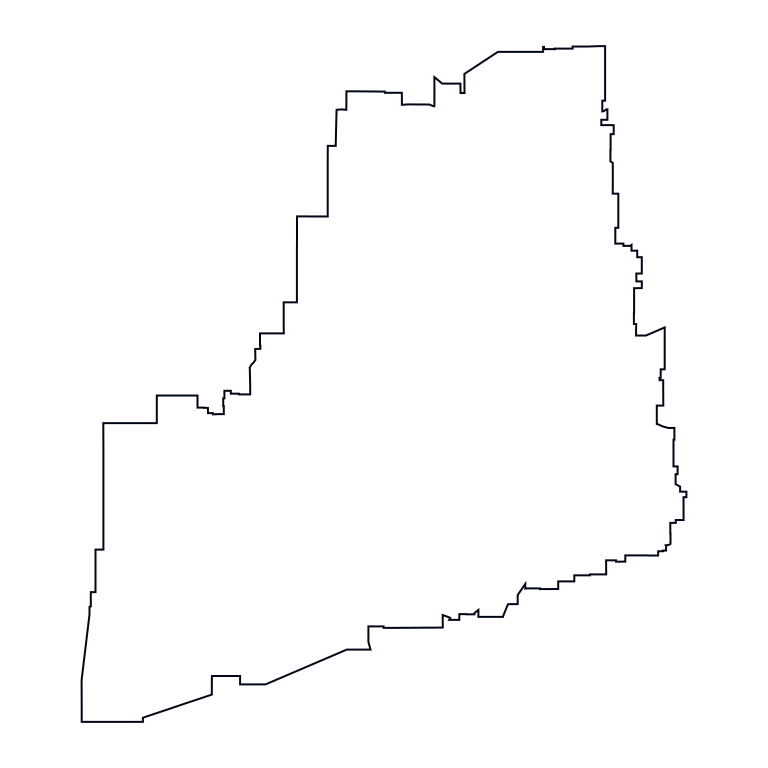 outline of Williams, Western Australia, Australia
{"feature_id": "25037944B87064425958741", "entity_name": "Williams", "entity_type": "district", "adm_level": 2, "iso_a3": "AUS", "parent_name": "Australia", "parent_adm1": "Western Australia", "projection": "natural_earth1", "projection_center": [116.768, -33.052], "detail": "fine", "context": "isolated", "style": "outline", "palette": "ink", "viewbox_px": 768, "rotation_deg": 0, "n_neighbors": 0, "source": "geoboundaries", "source_scale": "gbopen_adm2", "svg_char_len": 3634}
<svg xmlns="http://www.w3.org/2000/svg" viewBox="0 0 768 768"><path d="M103.3,423.1L103.4,451.2L103.4,451.7L103.4,457.0L103.4,462.2L103.4,467.3L103.4,482.8L103.4,487.9L103.4,503.3L103.4,508.5L103.4,523.9L103.4,529.0L103.4,544.4L103.4,549.6L95.5,549.6L95.5,566.4L95.5,566.6L95.5,581.6L95.5,592.1L90.8,592.1L90.8,606.4L89.5,606.8L89.5,610.5L89.5,614.3L82.0,676.8L81.6,680.0L81.7,706.1L81.7,721.9L142.9,721.9L142.9,717.7L179.6,705.4L184.2,703.8L211.8,694.6L211.9,676.0L222.8,676.0L240.1,676.0L240.1,684.4L240.3,684.4L253.1,684.4L265.5,684.4L346.7,649.6L360.0,649.6L370.5,649.6L368.4,641.9L368.4,638.5L368.4,634.8L368.4,626.4L383.6,626.4L383.7,627.9L408.1,627.8L420.8,627.7L442.7,627.6L442.8,627.5L442.7,615.0L450.3,617.8L450.3,618.0L449.2,619.9L459.3,619.9L459.3,614.1L466.3,614.1L466.3,614.3L474.4,614.3L474.4,613.1L478.4,609.9L478.4,616.9L492.7,616.9L501.7,616.9L502.8,617.0L507.2,606.0L508.2,604.1L517.7,604.1L517.7,599.9L517.7,595.1L518.3,594.1L525.3,583.9L525.3,588.5L525.5,588.4L540.0,588.4L540.0,589.1L558.2,589.0L558.2,581.4L574.3,581.4L574.3,575.3L589.9,575.3L589.9,574.4L606.2,574.4L606.1,560.3L616.1,560.3L616.1,561.7L625.3,561.6L625.3,555.4L637.3,555.4L647.0,555.4L647.6,555.5L654.6,555.5L658.1,555.5L658.1,551.3L663.2,551.2L663.2,550.5L666.1,550.5L666.1,545.5L665.9,545.3L669.4,544.7L670.5,543.9L670.5,533.5L670.3,533.5L670.3,522.9L675.8,522.9L675.8,520.0L683.6,520.0L683.5,497.2L686.4,497.2L686.4,491.7L680.1,491.7L680.1,486.6L675.6,484.2L675.6,483.9L675.6,474.2L677.6,474.2L677.6,466.4L673.5,466.4L673.5,449.5L673.5,439.7L674.4,439.7L674.4,427.9L668.5,428.0L662.3,426.3L658.4,424.4L656.8,424.0L656.8,405.6L663.3,405.6L663.2,386.5L663.2,380.2L659.6,380.2L659.5,377.9L660.7,377.9L660.7,369.3L664.7,369.3L664.7,327.4L655.8,331.3L646.4,335.3L646.2,335.5L636.0,335.5L636.2,324.0L633.9,324.0L633.9,312.8L634.1,312.8L634.1,288.2L641.8,288.1L641.8,281.4L636.4,281.4L636.3,273.5L641.8,273.5L641.8,257.2L637.2,257.2L637.2,250.7L631.5,250.7L631.5,244.9L630.1,245.9L623.4,245.9L623.4,243.6L615.3,243.6L615.3,241.0L615.3,238.4L615.3,227.8L618.3,227.8L618.3,206.3L618.3,202.7L618.3,193.7L612.7,193.7L612.8,184.6L612.8,167.5L612.8,162.9L610.4,161.3L610.4,151.4L610.4,150.1L610.6,150.1L610.6,146.8L610.6,142.1L610.6,134.1L613.7,134.1L613.7,125.3L613.7,125.1L601.3,125.1L601.3,119.8L607.4,119.8L607.4,109.3L606.4,109.3L603.9,111.1L602.3,111.4L602.3,100.7L605.1,100.7L605.1,93.7L605.1,46.1L599.9,46.1L588.8,46.5L580.7,46.5L572.6,46.5L572.6,48.6L565.6,48.6L554.7,48.6L554.8,49.1L544.0,49.1L544.0,46.9L543.1,46.9L543.1,51.9L516.2,51.9L504.1,51.9L497.8,51.9L464.4,73.9L464.5,93.0L460.5,93.0L460.4,83.6L452.8,83.6L452.7,83.6L442.2,83.6L434.4,77.1L434.4,106.1L434.0,106.4L429.2,104.5L426.2,104.5L407.9,104.4L401.9,104.8L401.9,96.8L401.8,92.8L384.9,92.8L384.9,91.6L365.1,91.4L346.4,91.3L346.4,102.4L346.3,109.8L341.0,109.4L336.6,109.8L336.5,113.0L336.2,124.3L335.7,145.9L327.8,145.9L327.7,161.1L327.7,199.5L327.7,216.5L297.0,216.4L297.0,232.7L297.0,237.6L296.9,252.7L296.9,263.0L296.9,284.0L296.9,302.3L283.7,302.3L283.7,327.6L283.8,333.4L273.1,333.4L260.0,333.4L260.0,345.7L260.4,345.7L260.4,348.8L255.2,349.0L255.4,359.7L255.4,360.0L253.2,363.0L251.6,364.4L249.6,367.9L249.8,368.5L249.9,373.2L249.9,373.8L250.0,377.7L250.1,380.9L250.1,382.4L250.1,382.9L250.2,385.2L250.2,394.4L246.1,394.4L238.9,394.4L238.9,393.7L232.2,393.7L230.8,393.7L230.8,390.8L224.4,390.8L224.4,398.3L223.2,398.3L223.2,406.0L223.8,406.0L223.8,414.1L216.0,414.1L215.9,414.3L212.9,414.3L212.9,413.1L208.0,413.1L207.9,407.9L203.9,407.9L203.9,407.6L197.5,407.6L197.5,397.2L197.5,395.5L156.8,395.5L156.8,423.1L103.3,423.1Z" fill="none" stroke="#020617" stroke-width="2"/></svg>